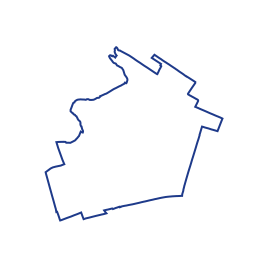 outline of Cernica, Ilfov, Romania, rotated 253°
{"feature_id": "2599482B74723640056211", "entity_name": "Cernica", "entity_type": "district", "adm_level": 2, "iso_a3": "ROU", "parent_name": "Romania", "parent_adm1": "Ilfov", "projection": "orthographic", "projection_center": [26.299, 44.376], "detail": "fine", "context": "isolated", "style": "outline", "palette": "blue", "viewbox_px": 256, "rotation_deg": 253, "n_neighbors": 0, "source": "geoboundaries", "source_scale": "gbopen_adm2", "svg_char_len": 5449}
<svg xmlns="http://www.w3.org/2000/svg" viewBox="0 0 256 256"><g transform="rotate(253 128 128)"><path d="M208.3,140.7L208.5,140.5L208.7,140.3L208.2,139.6L207.8,138.6L207.6,138.4L207.2,138.3L206.2,138.2L205.9,138.1L205.6,137.9L204.8,137.5L203.9,137.5L203.0,137.6L202.3,137.7L201.4,138.0L200.6,138.3L200.5,138.1L199.1,136.4L199.6,136.1L201.5,134.7L201.2,133.9L201.8,133.3L202.5,132.9L202.8,132.1L202.2,130.9L201.0,131.0L200.0,131.2L198.4,131.8L197.2,132.3L195.6,132.8L194.6,133.3L194.1,133.8L193.8,134.3L193.2,135.1L192.8,135.3L192.3,135.4L191.2,135.8L190.9,135.9L190.6,136.3L190.0,137.0L189.4,137.5L189.1,137.7L188.5,138.3L187.7,139.2L187.3,139.6L187.1,139.7L185.7,140.1L184.8,140.4L183.9,140.4L181.2,140.4L179.9,140.4L177.0,141.4L176.1,141.6L175.1,141.7L174.6,141.6L174.1,141.5L173.9,141.4L173.0,140.8L172.2,140.3L172.1,140.2L171.5,139.7L171.4,139.6L171.3,139.2L172.3,138.4L171.3,137.0L171.2,136.2L171.1,135.5L170.9,134.7L170.7,134.1L170.5,132.5L170.4,131.7L170.1,130.1L169.7,128.0L169.5,126.4L169.1,124.6L168.6,122.8L168.0,120.5L167.3,117.7L167.2,117.0L167.2,116.0L167.0,114.5L166.7,112.3L166.6,111.1L166.4,111.2L165.4,109.0L165.6,108.3L165.7,107.7L165.8,107.3L165.8,107.0L165.4,105.5L165.3,105.0L165.2,104.5L165.1,103.3L165.3,102.2L165.6,101.0L165.8,100.5L166.0,99.7L166.5,99.1L167.0,98.7L167.2,98.3L167.3,97.9L167.5,97.3L167.5,96.7L167.3,96.0L167.5,95.4L168.0,94.5L168.8,92.1L169.2,91.2L169.7,88.8L169.8,87.7L169.5,86.3L169.2,85.4L168.6,84.5L168.5,84.4L168.4,84.3L168.1,84.2L168.0,83.3L167.9,82.9L166.3,81.6L164.7,80.4L163.4,79.4L162.3,78.5L161.9,78.3L161.3,78.2L160.7,78.0L160.0,78.4L158.6,79.2L158.5,79.4L157.8,79.9L157.5,79.9L157.2,79.9L157.0,80.0L156.9,80.1L156.7,80.3L156.6,80.5L156.4,80.7L156.1,81.1L155.3,81.3L154.8,81.6L154.7,81.7L154.4,82.0L154.1,82.2L153.6,82.2L152.5,82.5L151.6,82.5L151.1,82.7L150.2,82.9L149.8,83.1L149.2,83.5L148.6,83.9L148.0,84.1L147.6,84.1L147.2,84.1L146.7,84.0L146.3,83.9L146.2,83.9L146.0,83.7L145.8,83.6L145.3,83.6L144.6,83.5L143.7,83.6L143.2,83.7L143.0,84.0L142.1,83.9L141.1,83.9L140.6,83.8L140.0,83.9L139.6,83.9L138.7,84.1L137.9,84.0L137.4,83.8L136.9,83.4L137.4,82.7L138.0,81.9L138.3,81.7L136.2,80.0L135.3,79.3L134.6,78.7L134.3,78.1L133.0,76.2L132.7,75.5L132.5,75.2L131.9,74.3L131.6,73.7L131.5,73.0L131.4,72.7L131.2,71.6L130.7,68.6L130.7,68.4L131.1,67.4L132.0,64.6L132.3,64.5L132.8,64.3L133.0,64.1L133.3,63.2L133.7,62.0L133.8,61.9L133.8,61.7L134.2,60.2L134.4,59.5L134.5,59.3L135.0,57.4L135.4,55.4L129.4,55.4L127.3,55.5L116.8,56.0L112.0,56.5L111.8,53.3L111.7,52.9L112.2,47.6L112.3,44.6L112.1,43.2L111.9,42.1L109.8,36.3L108.0,36.2L103.7,36.1L93.6,35.8L89.3,35.7L86.2,35.6L80.5,35.5L73.4,35.3L71.7,35.3L68.6,34.9L68.6,35.0L68.6,35.4L68.6,35.7L65.2,35.9L62.2,36.0L61.8,36.0L61.2,36.0L60.6,36.0L59.4,36.1L59.4,37.1L59.4,37.4L59.7,41.7L59.8,43.1L60.0,47.7L60.3,51.0L60.5,54.5L60.9,58.5L58.6,58.6L56.8,58.7L53.8,58.9L53.8,59.8L53.9,61.0L53.7,63.9L53.6,65.6L53.5,68.1L53.3,72.1L53.0,76.6L53.0,77.2L52.8,79.1L52.7,81.9L52.7,82.4L54.1,81.8L55.6,81.3L56.2,81.1L56.2,81.4L56.1,81.6L56.1,82.4L56.0,84.0L55.9,84.7L55.8,86.5L55.7,88.7L55.6,89.5L55.2,89.8L54.9,89.9L55.0,91.8L55.1,92.7L55.1,93.7L55.2,96.7L54.6,96.9L54.6,97.2L54.9,97.1L54.8,99.7L54.5,102.7L54.4,103.0L54.1,106.5L53.7,110.0L53.5,112.7L53.5,112.8L53.2,116.8L53.1,119.1L52.9,121.8L52.8,122.6L52.6,125.7L52.5,127.5L52.2,131.0L52.1,133.1L52.0,133.7L51.9,135.0L51.7,137.7L51.5,139.8L51.0,143.9L50.5,146.6L50.0,148.9L49.7,150.4L48.7,154.5L48.1,156.7L47.4,159.6L47.3,159.9L49.0,160.6L51.6,162.4L53.1,163.1L55.2,164.4L56.3,165.0L57.6,165.9L57.8,166.0L62.3,168.9L68.1,172.7L71.2,174.8L73.5,176.4L75.9,178.0L79.4,180.3L81.1,181.5L84.8,184.0L90.0,187.5L92.0,188.8L94.8,190.7L96.6,192.0L98.7,193.4L100.2,194.4L100.5,194.4L107.7,199.2L107.0,200.3L106.0,201.7L105.0,203.3L104.0,204.9L102.3,207.3L101.8,208.1L101.5,208.6L98.8,212.7L105.8,218.2L109.4,221.1L109.8,220.7L110.1,220.3L111.0,219.4L111.3,219.0L111.6,218.6L112.4,217.7L113.5,216.3L114.5,215.1L116.3,213.0L118.1,210.8L120.8,207.7L122.0,206.3L123.6,204.4L124.5,203.3L124.7,203.1L124.8,203.0L125.0,202.8L125.3,202.4L125.4,202.2L126.0,201.6L127.2,200.2L128.6,198.5L131.1,200.9L132.6,202.3L133.4,203.0L133.8,203.1L134.1,203.1L134.5,203.0L134.7,202.8L135.2,202.4L135.4,202.2L135.7,201.9L135.8,201.8L135.8,201.7L136.0,201.6L136.2,201.4L136.6,201.0L138.2,199.5L139.1,198.6L139.9,197.8L140.2,197.6L140.5,197.3L140.7,197.0L141.0,196.7L141.3,196.5L141.5,196.3L141.8,196.0L142.4,195.5L142.6,195.3L142.8,195.3L143.1,195.3L143.4,195.6L145.4,198.0L148.0,201.2L150.2,204.0L151.4,205.5L152.1,205.7L152.3,205.8L154.7,203.8L158.0,201.0L160.3,199.0L160.2,198.9L160.9,198.3L161.6,197.8L162.1,197.4L163.0,196.8L164.4,195.7L166.7,193.8L168.8,192.2L169.5,191.7L169.8,191.4L170.3,191.0L170.7,190.7L171.1,190.4L171.4,190.2L171.7,189.9L173.3,188.6L175.0,187.2L175.9,186.5L176.9,185.7L178.4,184.4L179.5,183.5L181.1,182.1L182.7,180.8L184.2,179.7L185.7,178.4L187.2,177.2L190.3,174.7L188.1,171.2L179.6,178.3L178.6,177.3L178.4,177.2L178.2,177.3L177.5,177.9L177.4,177.9L177.0,177.5L175.9,176.5L175.1,175.6L174.3,174.8L173.0,173.7L171.5,172.3L171.0,171.9L170.9,171.7L171.1,171.5L172.0,170.7L172.7,170.1L173.8,169.2L174.9,168.3L179.2,164.8L180.3,163.9L182.5,162.0L184.6,160.3L186.9,158.5L189.0,156.7L190.5,155.5L191.5,154.7L192.1,154.3L194.1,152.7L197.0,150.3L197.5,149.8L201.2,146.1L203.8,143.5L204.5,142.9L204.7,142.1L205.0,141.8L205.3,141.5L205.6,141.3L207.4,141.1L207.9,140.9L208.3,140.7Z" fill="none" stroke="#1e3a8a" stroke-width="2"/></g></svg>